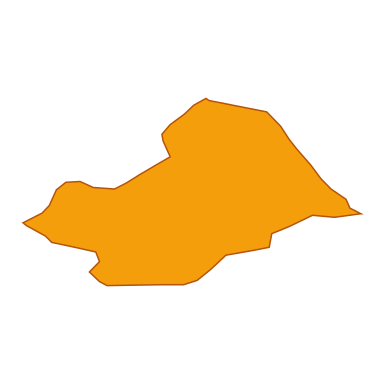 Avesta, Dalarna, Sweden
{"feature_id": "70781695B88125325572611", "entity_name": "Avesta", "entity_type": "district", "adm_level": 2, "iso_a3": "SWE", "parent_name": "Sweden", "parent_adm1": "Dalarna", "projection": "robinson", "projection_center": [16.37, 60.252], "detail": "fine", "context": "isolated", "style": "filled", "palette": "amber", "viewbox_px": 384, "rotation_deg": 0, "n_neighbors": 0, "source": "geoboundaries", "source_scale": "gbopen_adm2", "svg_char_len": 763}
<svg xmlns="http://www.w3.org/2000/svg" viewBox="0 0 384 384"><path d="M206.0,98.4L193.9,105.1L184.4,114.1L170.2,124.6L161.9,134.3L163.1,141.0L170.2,156.8L156.0,165.0L139.4,174.8L126.3,183.0L114.5,189.0L93.2,187.5L80.1,181.5L65.9,182.3L56.4,189.8L49.3,205.5L42.1,213.1L23.0,222.8L26.6,225.7L45.5,236.1L51.7,242.4L78.1,248.0L95.8,252.0L99.5,261.6L89.4,272.0L99.5,281.6L107.0,285.6L113.1,285.5L161.5,284.7L183.7,284.7L197.1,280.4L210.5,269.6L225.9,255.2L253.8,250.3L269.2,247.3L271.8,233.6L288.8,226.7L312.5,215.3L334.6,217.3L359.7,213.9L361.0,213.8L349.9,208.1L346.1,199.4L331.0,189.0L320.9,178.7L310.8,165.1L296.9,149.2L289.4,139.7L280.6,126.2L266.7,111.9L262.7,111.1L242.9,107.2L208.9,100.5L206.0,98.4Z" fill="#f59e0b" stroke="#b45309" stroke-width="1.5"/></svg>